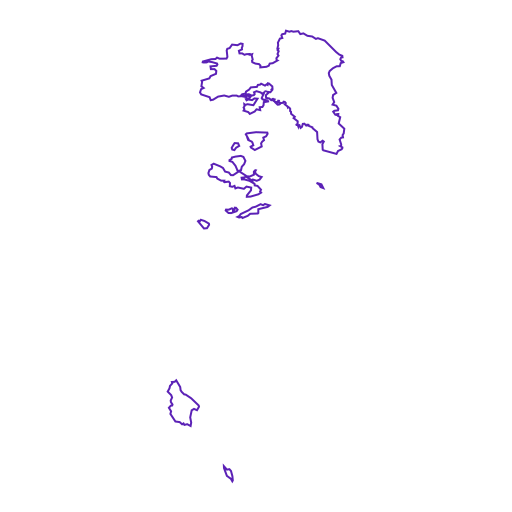 outline of Attikis, Attiki, Greece
{"feature_id": "26713481B5850386890635", "entity_name": "Attikis", "entity_type": "district", "adm_level": 2, "iso_a3": "GRC", "parent_name": "Greece", "parent_adm1": "Attiki", "projection": "robinson", "projection_center": [23.511, 37.081], "detail": "fine", "context": "isolated", "style": "outline", "palette": "violet", "viewbox_px": 512, "rotation_deg": 0, "n_neighbors": 0, "source": "geoboundaries", "source_scale": "gbopen_adm2", "svg_char_len": 5944}
<svg xmlns="http://www.w3.org/2000/svg" viewBox="0 0 512 512"><path d="M202.9,61.5L202.7,62.3L203.6,62.5L206.7,62.4L208.2,61.5L212.1,62.1L217.0,63.5L217.4,64.5L216.6,65.8L210.5,66.4L210.9,69.1L214.5,69.1L216.3,70.9L216.0,73.8L210.6,76.1L209.3,78.4L201.6,80.7L202.1,81.9L201.4,86.3L203.6,88.0L201.1,89.2L200.0,92.4L201.2,94.4L209.6,97.2L210.7,100.2L213.1,99.7L218.1,96.6L224.2,95.5L228.9,96.8L232.3,95.6L236.7,95.6L238.2,96.4L241.7,96.2L246.2,97.1L245.8,96.3L241.4,95.1L242.1,94.3L245.6,93.5L246.0,91.6L249.1,89.6L250.8,87.4L256.9,86.9L257.9,84.9L260.0,84.7L261.1,83.7L265.0,85.6L266.6,84.3L267.6,84.9L267.9,83.3L268.9,83.5L272.3,86.4L272.5,88.5L271.6,89.4L272.3,89.9L270.4,92.2L267.3,91.8L268.5,92.8L265.8,95.2L266.1,97.9L269.4,98.5L271.2,100.2L272.1,100.2L272.3,99.1L273.6,98.6L273.2,99.0L274.5,99.4L273.5,100.6L273.8,101.0L276.2,102.0L277.6,102.1L278.2,100.7L278.9,100.8L278.6,102.3L275.8,102.9L277.6,104.7L279.0,104.6L280.5,103.7L279.6,103.8L279.7,102.6L281.1,103.1L283.0,102.8L283.6,101.7L284.8,101.9L285.8,103.1L285.1,104.4L284.6,104.2L284.4,103.4L284.6,104.2L287.5,106.4L287.8,107.3L288.1,106.9L289.5,107.9L290.2,108.9L290.1,111.0L291.0,111.8L291.1,113.8L294.8,116.8L293.6,118.1L297.7,121.3L297.6,123.9L295.8,125.0L297.7,124.9L298.3,126.5L298.6,125.2L299.4,125.1L300.6,127.9L302.0,126.8L302.8,123.9L304.4,123.7L306.2,125.6L307.1,125.5L307.3,124.7L308.5,124.8L309.0,126.0L312.4,127.3L312.6,128.2L317.1,132.0L317.5,139.3L318.4,141.6L320.3,142.4L322.6,140.7L323.8,141.6L322.4,144.1L322.7,149.7L323.3,150.3L336.5,153.9L338.0,151.0L341.6,149.3L342.3,148.3L342.4,147.4L340.2,146.1L341.1,145.8L341.2,144.4L339.6,139.5L341.3,137.6L343.0,137.4L342.6,135.1L343.7,133.4L344.3,128.7L338.7,123.5L340.2,117.2L338.0,115.9L338.3,114.0L337.1,114.1L337.1,115.1L335.3,114.7L333.2,111.7L334.3,110.8L338.0,110.3L338.4,108.8L336.4,105.7L332.6,104.6L334.2,102.1L332.6,97.8L333.1,95.0L336.3,92.9L331.8,85.0L331.5,79.7L329.3,75.8L328.8,73.1L329.7,71.0L333.0,68.2L336.6,66.3L339.8,66.2L340.7,63.1L343.4,62.2L342.7,61.2L341.3,61.0L340.3,59.2L341.1,57.5L342.5,57.3L342.3,55.8L339.3,54.6L336.1,52.0L324.7,40.6L317.9,38.2L315.9,38.9L312.2,36.5L307.4,35.8L303.4,33.4L300.3,34.1L298.3,31.2L293.4,31.7L291.3,31.1L289.4,31.7L286.0,30.7L285.2,33.6L282.2,34.2L281.4,35.4L282.3,38.0L279.9,38.6L277.9,42.7L278.2,45.1L277.4,48.6L278.4,48.7L277.7,50.4L278.7,51.2L277.5,54.0L278.5,55.6L276.4,58.2L276.7,60.2L277.4,60.5L272.7,63.2L269.7,63.6L268.8,65.7L266.4,66.8L260.3,67.4L260.4,65.5L259.0,64.1L255.4,63.6L252.3,62.2L252.0,60.7L252.7,59.5L251.7,55.5L252.1,54.2L250.1,54.8L249.5,54.7L249.6,54.0L246.2,54.2L244.5,54.8L242.2,53.4L239.5,53.4L238.9,50.8L242.0,49.4L241.8,47.9L242.5,46.2L242.6,43.9L240.7,43.5L237.5,45.2L232.1,44.6L229.6,48.1L227.3,48.8L226.7,50.4L227.4,56.9L226.5,58.6L219.6,58.7L217.0,57.6L215.5,59.0L211.3,59.2L202.9,61.5ZM180.2,387.0L176.2,380.3L174.7,381.8L171.9,382.0L172.3,383.4L170.0,385.9L169.5,388.3L167.7,391.6L171.2,395.1L172.1,397.5L170.7,400.5L170.9,402.1L172.5,404.5L172.2,405.5L170.8,405.7L168.9,407.8L171.1,411.3L170.4,413.9L175.4,421.5L179.7,422.1L182.1,424.3L183.5,423.4L184.4,424.9L187.2,424.2L190.6,426.0L191.2,422.6L190.2,417.4L191.7,410.3L194.0,408.9L197.0,410.2L199.0,406.7L198.7,405.5L191.2,398.3L185.7,394.6L184.2,394.4L181.7,391.9L180.6,390.2L180.2,387.0ZM246.8,196.8L250.5,196.6L258.4,194.3L261.1,192.6L260.1,191.5L261.0,189.7L257.5,185.9L254.7,185.4L254.5,183.7L249.4,180.8L243.3,179.1L243.8,179.4L241.9,179.4L241.6,177.7L244.6,177.4L245.8,176.3L245.8,175.6L238.5,170.9L241.0,170.2L241.8,166.7L244.1,164.2L245.4,160.9L243.4,156.9L240.8,155.9L235.5,156.6L231.9,157.5L231.6,158.9L229.5,160.1L229.5,161.0L232.4,161.9L235.5,165.8L238.1,171.9L233.1,175.2L230.9,175.1L228.8,172.5L225.1,171.6L223.0,168.0L220.3,166.4L213.7,163.7L211.5,165.0L212.2,166.8L211.8,168.6L209.4,170.0L208.4,173.1L208.8,174.8L210.2,176.5L216.5,177.1L217.3,178.6L221.2,180.7L224.3,180.7L224.0,181.8L224.5,182.2L228.7,181.6L230.0,183.0L229.8,186.2L232.3,186.8L234.5,185.9L235.4,188.4L237.9,187.5L243.9,188.8L246.5,186.6L251.2,187.6L251.0,190.3L246.9,195.4L246.8,196.8ZM262.1,93.7L260.6,92.4L256.5,91.2L254.0,92.3L254.7,94.1L253.9,95.1L251.8,95.6L248.8,94.2L246.0,94.5L245.7,95.4L250.7,96.5L249.5,98.1L245.9,99.1L246.6,100.3L248.2,99.5L252.1,100.1L254.5,98.4L257.5,98.7L253.4,105.2L247.5,104.2L245.4,104.9L244.3,104.1L244.5,106.3L243.6,107.5L244.4,109.2L243.6,110.6L248.3,112.1L249.8,113.9L254.7,111.5L256.5,109.3L260.2,110.1L259.7,107.2L262.4,107.0L263.5,105.3L263.8,102.2L269.0,101.3L263.5,100.8L265.4,100.0L262.5,99.3L261.7,98.1L264.3,92.3L262.1,93.7ZM256.0,132.2L246.8,133.4L245.8,134.3L247.5,137.2L247.6,137.4L247.2,137.2L247.2,137.4L248.2,140.0L251.7,141.6L252.4,142.5L253.3,145.3L250.6,146.7L250.9,147.5L254.8,150.0L261.7,146.5L261.1,143.4L262.2,141.6L264.0,140.2L263.3,137.6L266.1,136.3L267.6,133.8L267.3,132.6L256.0,132.2ZM269.6,205.4L264.9,204.0L263.1,205.2L260.6,204.2L255.7,206.7L252.4,207.5L248.6,210.3L240.8,214.0L239.2,216.1L237.6,216.9L239.1,217.5L241.7,217.0L242.5,218.0L247.8,215.8L250.1,213.8L257.8,213.5L258.3,213.0L258.3,209.2L267.6,206.9L269.6,205.4ZM261.6,177.0L258.7,176.1L255.7,173.7L255.0,171.7L255.8,170.3L255.3,170.2L253.9,171.6L253.9,174.7L249.8,176.5L246.9,176.3L246.9,177.2L250.4,179.4L252.0,181.7L252.5,181.4L251.9,179.9L252.8,179.5L256.7,180.8L259.6,179.6L261.6,177.0ZM204.5,221.0L200.8,219.8L199.9,221.1L198.7,220.7L198.0,221.3L204.0,228.5L207.0,228.2L209.1,224.8L208.9,223.6L204.5,221.0ZM226.9,469.6L223.9,466.2L224.0,468.1L226.9,475.9L230.9,478.8L232.3,481.3L232.8,480.4L232.4,476.2L231.0,471.0L229.4,469.2L226.9,469.6ZM237.6,209.7L236.0,207.8L234.8,207.7L234.6,209.5L233.6,210.5L233.0,210.6L233.0,209.0L231.9,208.3L228.7,209.7L226.0,209.6L225.7,210.5L228.5,213.0L231.1,213.1L236.6,211.2L237.6,209.7ZM238.1,143.3L234.6,143.1L233.6,144.6L231.7,147.8L232.2,149.5L234.4,150.1L236.1,147.7L239.2,145.9L238.1,143.3ZM321.4,184.3L316.6,182.9L319.4,184.8L320.6,187.1L323.3,188.1L321.4,184.3Z" fill="none" stroke="#5b21b6" stroke-width="2"/></svg>